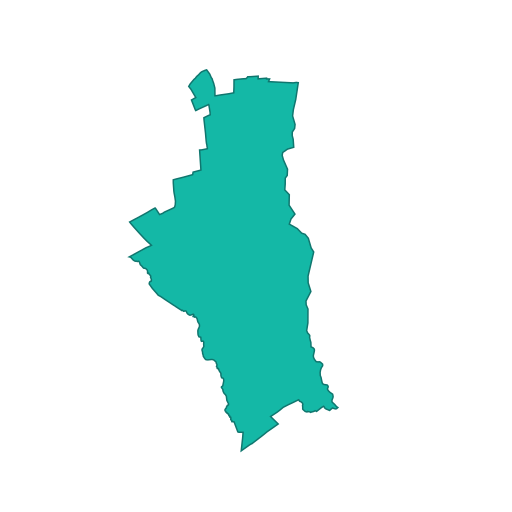 Totesti, Hunedoara, Romania, rotated 308°
{"feature_id": "2599482B81892486754404", "entity_name": "Totesti", "entity_type": "district", "adm_level": 2, "iso_a3": "ROU", "parent_name": "Romania", "parent_adm1": "Hunedoara", "projection": "natural_earth1", "projection_center": [22.867, 45.565], "detail": "fine", "context": "isolated", "style": "filled", "palette": "teal", "viewbox_px": 512, "rotation_deg": 308, "n_neighbors": 0, "source": "geoboundaries", "source_scale": "gbopen_adm2", "svg_char_len": 6111}
<svg xmlns="http://www.w3.org/2000/svg" viewBox="0 0 512 512"><g transform="rotate(308 256 256)"><path d="M358.8,98.8L357.0,98.4L351.1,98.2L348.2,98.6L347.3,102.2L343.8,111.0L339.2,109.1L333.8,118.2L333.5,119.0L336.7,120.5L346.2,125.4L345.7,126.2L341.9,130.3L340.8,131.5L339.9,132.2L339.1,133.0L337.6,132.1L332.9,129.8L331.2,131.3L321.8,140.5L316.2,145.7L314.3,147.6L313.0,149.2L312.2,149.9L311.0,151.4L310.6,151.6L309.5,150.7L306.0,147.7L304.8,146.3L289.8,159.7L283.4,154.8L281.1,156.0L273.3,150.2L267.8,145.9L265.1,143.9L262.7,145.8L256.8,151.1L255.3,152.6L252.5,155.8L249.6,158.8L246.7,160.8L244.6,161.7L243.6,161.6L241.7,160.7L234.2,156.8L232.2,156.2L229.3,154.5L231.5,148.0L231.7,147.3L231.7,146.9L228.3,145.4L223.3,143.5L218.8,141.6L210.2,137.8L205.0,135.5L204.6,137.0L203.6,141.9L202.3,149.2L201.9,151.6L201.5,154.1L201.1,156.5L200.5,161.3L200.1,167.0L198.7,166.4L194.7,164.2L177.3,156.7L177.7,157.6L177.8,158.5L177.2,161.9L177.5,164.0L178.3,164.9L178.5,165.8L179.5,166.6L179.7,167.1L179.4,167.9L177.9,170.2L177.8,172.0L177.3,174.3L177.3,175.1L177.6,175.6L178.1,176.3L178.1,176.6L178.2,177.4L178.0,178.7L177.7,179.4L176.9,180.2L175.8,181.0L175.7,181.5L176.0,181.7L176.4,181.9L176.4,182.1L175.9,182.8L175.7,184.3L175.5,185.2L175.2,185.6L174.4,185.9L174.1,186.3L173.9,186.8L173.0,188.1L171.8,188.9L171.3,188.8L171.0,188.4L170.7,188.3L170.1,188.2L169.4,188.4L168.7,188.7L168.2,189.1L166.6,194.4L165.4,200.9L164.9,203.0L165.0,203.7L165.4,206.0L165.7,211.0L166.5,221.1L167.0,227.1L167.3,230.0L167.3,230.9L167.5,230.9L167.7,231.2L168.0,231.6L167.9,232.3L167.8,232.6L168.0,233.2L169.0,233.8L169.2,234.0L169.5,234.9L169.0,236.0L168.4,237.2L168.3,238.0L168.4,239.4L168.5,240.0L168.7,240.4L169.5,241.1L171.2,242.1L171.5,242.4L171.6,242.7L171.4,243.1L171.0,243.3L169.9,243.6L170.5,244.1L170.5,244.3L169.9,244.8L169.8,245.0L170.5,245.5L170.8,246.1L170.5,247.8L170.2,248.3L168.7,250.2L168.0,251.4L167.8,252.3L167.2,253.5L166.8,253.9L165.9,254.7L164.5,255.2L163.7,255.3L162.1,255.8L161.3,256.2L159.5,257.7L158.2,258.9L157.4,260.4L157.2,261.0L157.8,262.0L158.0,262.4L157.8,262.7L155.6,264.7L155.3,265.2L155.2,265.6L156.0,266.3L156.4,267.0L156.2,267.4L155.8,268.0L154.3,269.0L153.1,270.1L152.9,270.4L152.6,270.5L151.6,270.8L149.8,270.8L149.2,271.0L148.7,271.3L148.0,272.1L147.7,272.7L146.1,274.2L145.5,275.3L144.9,275.8L144.5,276.3L143.7,278.6L143.4,280.0L143.6,280.5L144.1,281.5L144.7,282.2L147.3,284.9L147.8,285.9L148.0,286.5L148.1,287.1L148.0,288.0L147.9,289.5L147.8,289.9L146.8,291.1L146.6,291.8L146.3,292.2L145.9,292.5L144.6,292.9L144.4,293.2L144.4,293.8L144.2,294.4L143.5,294.7L143.5,294.9L143.6,295.0L144.0,295.3L144.1,295.6L144.1,295.8L143.8,296.3L143.4,296.6L143.2,297.3L142.7,298.1L142.1,300.1L141.8,300.7L140.5,301.7L139.8,302.5L139.0,303.7L138.9,304.1L139.4,305.0L139.3,305.5L139.2,306.0L138.2,307.1L137.5,307.6L133.5,309.6L133.0,309.7L132.5,309.6L131.9,309.4L131.5,309.4L131.2,309.6L131.0,310.0L130.8,311.0L130.3,312.2L129.4,313.0L128.9,313.8L128.6,314.4L128.1,315.5L127.9,317.3L127.5,318.4L127.1,319.1L124.3,321.9L123.8,322.9L122.7,325.2L122.2,325.6L121.8,325.9L121.4,325.9L121.2,325.7L120.7,325.4L120.2,325.4L119.7,325.7L119.1,325.6L118.5,325.8L118.1,326.1L117.8,326.2L117.0,326.0L116.5,326.1L116.2,326.1L115.6,326.3L115.0,326.9L114.9,327.5L114.9,327.9L114.5,328.6L114.4,328.7L114.6,329.1L114.3,329.7L114.6,330.1L114.3,330.7L114.5,331.0L114.3,331.2L114.4,331.8L114.2,332.3L113.5,332.9L113.5,333.1L113.8,333.4L113.8,333.7L113.0,334.4L112.9,334.6L113.0,334.9L113.4,335.2L113.4,335.4L112.8,335.8L112.4,336.3L111.6,336.7L111.4,337.2L111.4,337.6L111.5,338.1L111.3,338.5L110.6,338.9L111.8,340.9L110.6,342.8L106.2,350.0L106.3,350.4L106.7,351.2L107.3,351.9L109.1,354.4L104.2,357.6L93.4,364.3L103.1,367.2L105.5,368.1L105.5,368.3L120.0,372.0L124.1,372.9L137.3,376.9L138.5,366.3L145.9,368.8L149.7,369.8L153.5,370.6L154.6,371.1L158.9,373.1L163.2,375.3L169.0,378.1L169.0,378.3L168.7,378.5L168.7,379.0L168.4,379.6L168.4,380.0L168.6,380.6L168.8,381.3L168.8,382.5L168.6,383.2L168.1,384.1L167.9,384.3L167.1,384.5L165.5,386.0L164.3,386.9L164.1,387.1L164.0,387.5L163.9,388.4L163.9,389.1L163.8,389.7L163.8,390.5L164.0,391.1L164.3,391.6L164.4,392.1L165.1,392.6L165.3,392.5L166.5,394.8L166.4,395.3L167.4,395.9L168.3,396.7L169.6,397.5L170.5,397.8L170.8,399.4L177.2,401.0L179.2,401.8L179.1,402.6L178.7,403.2L178.5,404.1L178.5,404.9L178.7,405.9L179.2,407.5L179.6,409.1L181.4,409.4L182.5,409.7L183.3,409.8L183.9,411.6L184.6,413.0L185.3,413.5L187.0,413.8L186.9,412.2L187.5,409.3L187.6,407.5L187.8,405.8L188.4,405.2L189.2,404.6L191.8,403.8L192.8,403.2L193.7,402.2L194.3,401.4L194.1,398.0L194.4,395.9L194.9,394.6L195.3,394.1L197.2,393.5L197.6,393.2L198.0,392.5L198.2,391.6L197.8,390.8L196.5,388.5L196.4,387.7L196.7,386.4L198.3,384.4L200.2,382.2L201.5,380.1L202.5,379.3L203.6,378.3L206.0,377.0L208.2,376.3L210.5,376.1L211.1,375.7L211.8,375.0L212.0,372.1L211.7,371.1L210.9,370.3L210.3,369.4L209.8,368.5L210.0,367.7L210.5,365.8L211.2,364.3L212.0,363.2L213.0,362.4L216.6,360.7L217.5,360.2L218.2,359.6L218.6,359.0L218.8,357.5L218.3,355.3L221.7,352.4L223.3,350.2L224.9,348.3L226.1,347.6L226.4,347.3L226.6,346.9L227.0,345.2L227.0,344.5L227.3,343.8L228.3,341.9L235.2,338.1L246.2,329.6L248.4,325.6L251.3,323.1L261.8,321.1L267.0,313.6L272.2,309.4L294.7,299.0L296.3,294.5L302.2,286.3L303.3,281.3L302.1,277.9L303.0,271.7L301.6,262.6L306.7,260.8L313.0,260.9L316.4,250.8L324.8,244.5L325.8,238.0L330.7,234.7L335.4,231.1L338.7,231.0L343.8,227.4L348.6,218.5L351.4,214.7L354.0,213.3L359.6,215.0L364.9,218.8L370.9,213.4L373.2,210.4L376.0,208.3L380.3,207.9L383.7,205.8L388.9,198.6L394.4,195.3L403.7,191.0L418.6,182.6L417.6,180.9L415.3,178.7L401.1,158.5L403.9,157.7L402.0,155.2L402.6,154.8L396.9,148.6L399.1,147.0L394.3,141.7L392.1,139.1L391.4,139.2L389.7,139.0L387.5,136.5L383.3,132.1L381.3,130.2L375.6,134.6L370.9,138.0L367.0,134.6L361.1,128.9L358.0,126.1L357.0,125.0L363.0,120.2L366.1,116.2L367.5,113.9L368.6,112.4L368.8,111.9L368.9,111.3L369.1,110.8L370.9,107.5L372.3,102.5L370.8,101.4L370.2,101.2L369.5,100.7L367.9,99.9L367.4,99.7L366.3,99.4L363.4,99.2L361.5,98.8L360.0,98.7L358.8,98.8Z" fill="#14b8a6" stroke="#0f766e" stroke-width="1.5"/></g></svg>